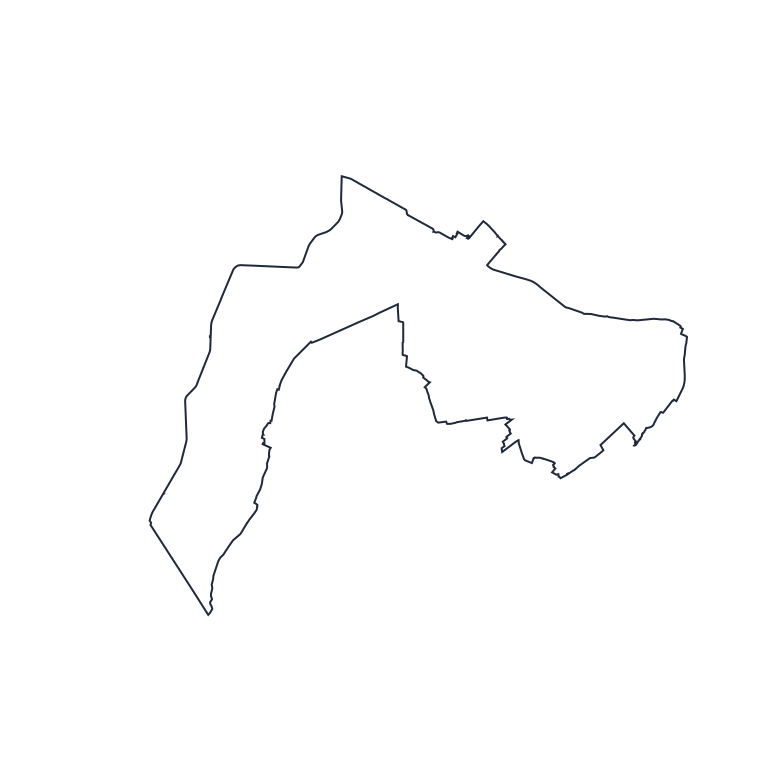 Heerenveen, Friesland, Netherlands, rotated 145°
{"feature_id": "6326949B66729090316548", "entity_name": "Heerenveen", "entity_type": "district", "adm_level": 2, "iso_a3": "NLD", "parent_name": "Netherlands", "parent_adm1": "Friesland", "projection": "mercator", "projection_center": [5.979, 52.998], "detail": "fine", "context": "isolated", "style": "outline", "palette": "slate", "viewbox_px": 768, "rotation_deg": 145, "n_neighbors": 0, "source": "geoboundaries", "source_scale": "gbopen_adm2", "svg_char_len": 6082}
<svg xmlns="http://www.w3.org/2000/svg" viewBox="0 0 768 768"><g transform="rotate(145 384 384)"><path d="M299.5,578.4L313.9,559.0L319.5,548.9L320.7,547.7L322.2,546.6L322.3,546.5L325.4,544.5L327.2,543.6L328.9,543.0L338.0,541.3L340.4,541.1L343.9,541.5L352.6,544.0L354.8,544.2L356.8,543.9L364.2,541.4L365.8,540.7L367.8,539.4L380.7,530.3L386.2,528.6L387.3,528.7L388.7,529.4L422.9,555.7L433.7,563.9L435.5,564.7L437.3,565.0L439.1,564.9L440.9,564.5L442.2,563.9L468.7,547.2L468.8,547.0L487.8,535.0L489.5,533.8L491.7,531.6L498.1,523.1L498.3,523.0L498.7,523.3L499.1,523.1L499.8,522.1L499.7,521.8L499.3,521.6L506.2,512.4L507.4,511.1L508.8,510.0L534.8,492.9L535.5,492.4L535.4,492.3L535.7,492.4L536.0,492.0L539.0,490.1L540.9,489.5L552.0,487.4L553.4,486.9L555.0,485.9L555.8,485.2L556.8,483.9L577.2,452.1L579.0,450.2L595.1,436.4L596.2,435.5L597.9,434.6L626.8,421.2L628.2,420.5L628.1,420.4L628.3,420.4L628.3,420.5L629.4,420.0L647.3,411.7L650.0,410.0L654.3,406.6L654.4,403.9L656.1,402.5L659.1,323.8L660.4,295.7L657.5,296.4L653.6,298.3L652.9,300.4L652.3,303.9L651.4,305.1L648.5,306.2L647.9,307.3L647.4,309.5L646.1,311.3L641.8,315.1L640.2,318.5L635.9,322.1L633.8,324.7L621.8,333.6L619.5,334.9L617.1,335.8L613.6,336.3L604.4,340.0L597.2,342.6L587.5,343.5L576.0,348.7L575.9,348.6L572.1,350.1L563.8,352.7L560.3,354.1L558.1,356.3L558.2,356.5L557.1,357.5L557.2,357.8L557.5,359.2L558.4,361.1L553.8,364.2L552.8,365.2L545.9,368.7L541.2,372.4L537.0,376.9L528.2,382.1L527.0,383.4L525.7,385.8L519.3,390.6L519.4,391.1L519.1,391.6L516.9,394.4L515.2,396.0L513.4,396.7L517.9,404.3L516.9,404.9L516.2,403.7L515.9,404.1L513.5,407.5L514.9,410.0L512.1,412.3L511.9,412.1L511.9,412.4L510.5,414.5L507.9,416.2L503.4,417.4L501.7,418.3L501.1,418.3L499.6,417.2L498.0,419.0L497.2,418.4L497.1,418.5L492.3,423.3L486.6,428.3L485.8,430.0L485.3,430.7L479.1,437.0L477.6,438.5L474.4,440.9L473.5,439.7L470.3,442.4L470.4,442.6L465.7,445.9L457.6,449.9L443.2,456.4L419.6,460.6L419.5,459.2L411.3,457.2L369.0,449.1L353.7,445.9L347.1,445.0L326.9,441.4L327.8,440.0L328.6,439.2L336.0,427.1L333.3,424.1L333.1,423.8L333.0,423.3L344.0,407.6L344.1,407.4L345.1,407.1L349.9,400.0L350.8,399.0L352.0,397.2L351.8,396.7L350.6,395.5L349.2,393.6L356.0,385.6L354.3,383.1L352.0,378.6L349.4,376.0L349.2,375.0L348.3,373.1L347.7,371.6L347.4,369.7L347.0,368.4L347.5,367.4L348.1,367.1L348.2,366.8L346.8,362.5L346.4,360.4L345.5,359.1L352.5,358.0L352.1,356.8L352.0,355.7L353.0,352.7L353.9,349.1L354.8,347.3L355.2,346.7L355.6,344.9L356.6,342.0L357.1,339.9L358.7,334.2L360.3,330.5L362.4,324.1L362.5,323.5L361.7,321.2L354.7,317.6L355.2,315.2L352.4,313.2L347.4,311.1L346.4,311.0L337.8,306.9L337.9,307.3L337.6,307.3L337.4,306.4L318.9,297.4L320.1,294.8L305.2,287.7L302.7,286.2L302.6,285.9L303.2,285.0L303.3,284.7L301.4,283.7L301.5,282.7L301.2,282.6L301.2,282.4L299.7,281.5L307.8,281.2L307.6,279.7L307.3,278.8L307.3,277.3L307.0,275.5L306.9,274.6L307.0,274.3L308.1,274.1L308.1,273.1L308.5,272.6L308.6,270.7L314.0,270.5L314.2,270.3L314.1,269.0L314.3,268.8L319.8,268.6L319.9,267.9L319.9,266.2L320.4,265.7L320.8,264.0L324.4,263.9L324.8,263.4L326.2,260.5L309.1,261.1L306.9,261.0L306.0,260.8L307.7,257.9L310.8,248.0L312.4,242.1L312.3,241.8L312.3,240.7L308.2,234.4L303.9,237.5L303.4,236.9L302.5,237.2L301.5,236.2L299.6,235.0L298.1,233.7L296.6,231.5L296.4,231.6L291.2,224.6L290.1,222.8L289.5,221.5L289.7,221.0L291.5,220.9L292.0,220.7L292.1,219.0L292.6,218.8L292.1,216.5L297.0,215.2L294.8,210.8L292.9,210.2L293.7,208.9L293.9,208.4L293.6,208.4L293.5,205.6L286.2,204.7L285.9,205.1L285.7,204.9L285.4,205.2L284.5,205.2L284.5,204.7L278.8,204.6L277.6,204.3L270.9,205.1L258.4,205.2L257.7,205.1L253.6,203.0L244.5,203.6L242.3,203.9L241.7,209.8L210.1,214.3L208.5,198.1L208.8,198.1L210.4,197.3L210.5,196.7L210.9,196.3L210.6,192.5L210.7,192.4L211.9,192.3L212.2,192.0L212.0,190.6L212.1,190.2L212.6,189.9L213.5,190.3L214.3,190.1L214.0,189.8L213.0,189.6L211.9,189.8L210.4,190.6L210.0,190.6L209.5,190.9L209.3,191.2L208.5,191.3L206.6,192.0L206.3,191.7L205.8,191.7L205.5,192.1L205.6,192.4L204.0,192.8L202.8,193.3L202.4,193.9L201.5,194.4L201.5,194.8L201.2,195.1L200.2,195.3L200.1,195.1L199.5,195.1L198.9,195.4L198.2,195.5L197.6,196.0L196.5,196.3L194.3,197.6L193.4,196.9L190.7,195.9L188.6,195.6L187.1,195.9L186.2,196.2L185.3,196.9L180.0,199.7L173.9,202.3L173.4,202.3L173.1,202.1L172.3,200.6L171.7,200.4L157.6,204.8L157.1,204.8L156.9,204.5L155.5,205.0L155.3,204.8L154.7,203.0L154.3,202.2L141.6,209.2L139.6,210.6L137.3,212.7L135.5,214.7L132.8,218.4L125.4,230.2L124.7,231.4L123.4,233.0L121.3,235.0L116.5,240.7L114.8,242.5L112.9,244.1L108.8,248.8L109.3,250.3L111.7,254.1L111.9,254.8L107.6,257.7L107.7,258.2L108.3,258.8L108.3,259.2L108.9,260.3L108.7,260.5L107.9,260.9L108.0,261.9L108.6,263.4L108.9,264.4L109.5,265.5L110.9,269.1L111.0,269.0L112.4,270.8L114.0,273.3L115.9,275.0L116.6,275.8L117.4,276.2L118.5,277.0L119.8,277.8L125.6,282.7L139.1,290.3L141.3,291.9L142.8,293.3L146.1,295.3L158.2,306.9L160.9,309.3L161.8,310.4L162.1,311.3L164.7,312.7L165.6,313.6L168.7,316.5L174.0,322.3L177.3,324.9L179.4,326.3L180.2,327.2L180.7,328.6L189.1,340.2L191.3,342.7L199.5,370.3L201.7,378.4L202.8,381.2L204.4,384.1L207.2,387.9L214.2,396.3L228.7,414.8L229.5,416.2L230.3,417.9L230.9,419.8L231.2,421.0L231.3,422.2L230.3,422.5L219.3,425.4L217.6,425.7L217.1,426.1L216.6,426.1L213.5,426.8L213.0,427.3L211.7,427.6L210.9,427.4L206.1,428.5L204.3,428.7L204.7,431.9L204.8,431.7L205.9,439.6L205.8,440.1L206.0,440.1L205.8,440.3L206.0,440.8L206.2,443.6L206.3,445.1L207.1,450.5L207.0,450.8L208.0,456.1L209.3,460.4L216.6,458.6L230.8,454.6L231.7,454.7L232.4,455.9L229.6,456.7L229.8,457.6L231.5,457.9L232.3,458.3L233.0,459.0L233.4,459.7L236.4,466.6L237.7,465.8L237.2,465.3L241.4,463.3L242.6,465.6L244.0,464.8L244.1,463.9L245.0,463.5L247.2,467.0L251.6,476.3L252.6,477.3L254.7,478.4L255.7,480.0L256.2,480.4L255.4,480.8L254.9,482.7L255.1,483.4L267.0,507.6L267.6,508.6L267.4,509.0L267.7,509.8L266.1,513.4L266.0,513.7L266.1,514.0L269.0,520.1L274.8,532.1L275.4,533.7L276.0,534.5L279.6,541.9L279.9,542.7L284.3,551.8L286.0,555.6L287.4,558.3L293.4,571.0L294.0,571.8L296.6,575.0L299.5,578.4Z" fill="none" stroke="#1e293b" stroke-width="2"/></g></svg>